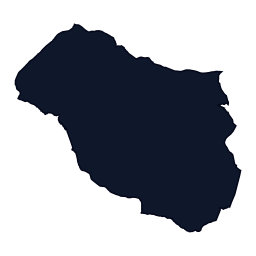 Ticusu, Brasov, Romania
{"feature_id": "2599482B19489151240121", "entity_name": "Ticusu", "entity_type": "district", "adm_level": 2, "iso_a3": "ROU", "parent_name": "Romania", "parent_adm1": "Brasov", "projection": "orthographic", "projection_center": [25.069, 45.937], "detail": "fine", "context": "isolated", "style": "filled", "palette": "ink", "viewbox_px": 256, "rotation_deg": 0, "n_neighbors": 0, "source": "geoboundaries", "source_scale": "gbopen_adm2", "svg_char_len": 5640}
<svg xmlns="http://www.w3.org/2000/svg" viewBox="0 0 256 256"><path d="M215.9,220.4L216.3,219.6L220.1,210.2L220.1,208.0L221.1,207.9L223.3,209.1L223.9,208.9L224.3,208.2L224.9,208.4L226.7,207.9L229.3,206.4L229.7,206.9L231.7,201.4L234.7,194.3L239.5,175.7L240.6,170.5L239.3,169.8L236.2,167.3L236.4,165.4L235.5,165.0L234.6,164.0L233.0,156.2L232.6,154.6L230.7,152.7L229.3,152.1L227.9,149.8L226.6,147.1L225.3,145.5L224.5,143.4L224.4,141.7L225.1,140.1L225.6,138.7L227.4,136.7L230.8,133.8L233.0,131.2L235.9,125.8L232.7,123.0L232.8,122.0L232.4,119.8L228.9,114.8L228.0,112.4L226.3,111.7L225.7,110.4L225.0,109.6L223.3,108.4L224.0,108.0L222.6,107.3L220.6,106.6L220.0,106.0L218.5,105.7L218.4,104.9L219.2,105.2L220.0,104.7L221.0,104.4L222.0,103.5L223.2,104.2L224.4,104.3L225.7,103.2L226.7,103.1L228.1,104.5L228.3,103.5L228.2,101.7L227.6,101.0L226.9,98.1L226.2,95.7L224.5,94.3L222.9,92.1L222.2,90.9L221.4,89.9L220.6,87.9L219.7,84.6L219.7,83.6L218.6,82.8L218.1,81.4L218.5,78.6L218.5,76.1L218.6,74.8L219.4,74.2L219.8,73.3L221.6,71.8L219.5,71.6L218.2,71.6L216.7,71.4L215.7,71.5L214.6,71.8L213.3,71.9L212.3,72.1L211.2,72.1L209.3,72.7L203.8,73.3L203.2,73.2L202.5,73.3L200.4,73.0L196.4,71.5L194.3,71.0L189.6,70.1L186.3,70.0L184.6,70.5L182.0,71.4L180.1,71.6L175.7,71.1L174.7,71.1L165.4,67.4L164.2,67.6L160.0,65.4L157.3,64.8L154.5,64.0L152.6,62.7L152.8,62.2L151.5,61.5L150.1,59.8L149.5,58.9L148.8,58.0L147.3,57.7L146.1,57.9L144.5,58.0L140.9,57.2L138.9,57.8L138.1,58.3L137.3,58.6L136.0,58.9L134.4,57.8L133.0,56.7L130.2,54.7L129.1,54.1L128.3,53.1L128.0,52.9L126.9,51.4L126.5,51.1L126.1,51.1L125.9,50.9L125.7,50.3L125.3,49.7L124.5,49.0L124.3,48.6L124.1,47.7L123.7,47.3L122.6,46.8L121.6,45.9L120.5,46.4L120.1,46.1L119.4,46.2L118.0,46.0L117.5,46.1L116.0,46.7L115.7,45.9L116.0,44.2L115.3,42.4L115.1,41.5L113.8,39.3L113.6,38.2L113.2,37.7L111.0,36.7L109.6,35.7L106.2,33.8L104.8,33.3L101.9,31.5L99.5,30.9L97.8,30.8L96.0,31.0L94.9,31.5L91.5,31.4L89.3,32.1L88.1,31.9L86.7,31.1L84.7,29.7L81.3,26.7L78.5,25.0L76.4,25.0L74.5,24.4L74.4,25.1L74.2,25.7L73.3,26.6L73.1,27.5L73.1,27.9L69.8,30.3L68.8,30.9L62.5,31.9L58.6,34.0L57.4,35.0L55.1,37.7L55.7,38.3L54.7,38.7L53.7,39.4L52.4,41.3L51.0,42.2L46.1,46.2L42.3,50.0L40.3,52.5L39.7,53.0L39.3,53.2L38.3,54.2L38.1,54.1L38.0,54.5L37.4,54.9L33.5,58.6L32.4,59.6L30.6,60.6L29.5,61.7L29.0,62.1L28.1,63.4L26.5,64.9L25.7,65.9L21.2,70.4L20.1,71.3L19.3,72.1L18.7,72.9L16.4,78.0L15.4,80.9L15.5,81.6L15.5,82.2L15.4,84.4L15.8,84.6L16.2,86.0L16.6,86.7L16.6,87.7L17.0,89.0L17.5,89.6L19.0,90.6L20.1,91.8L20.3,92.7L20.3,93.4L20.2,94.6L20.0,94.9L19.2,96.0L18.1,98.5L19.7,99.4L21.3,99.6L22.5,100.3L23.7,100.7L24.8,101.3L25.3,101.3L26.7,101.1L27.3,100.7L27.8,101.3L28.2,101.5L29.1,102.0L29.5,102.1L30.3,103.0L31.6,103.6L34.5,104.6L35.1,105.2L35.5,105.4L36.0,105.8L36.4,106.1L36.6,106.7L37.1,106.7L38.0,107.2L38.6,107.7L39.1,108.5L40.4,109.6L40.5,109.8L41.0,110.0L41.3,110.4L41.1,110.9L41.9,111.1L42.5,111.7L42.6,111.9L43.5,112.6L44.5,112.8L44.7,113.1L44.8,113.8L45.1,114.2L45.4,114.3L45.9,113.6L46.9,113.7L47.1,113.5L47.8,112.5L48.4,112.7L49.4,112.7L50.6,112.9L51.4,112.9L53.2,113.9L53.6,114.4L54.1,114.8L54.2,115.0L54.5,115.1L54.5,114.7L55.0,114.8L55.3,114.9L55.9,115.4L56.2,115.5L56.5,115.6L57.3,115.2L58.7,114.9L59.1,115.6L59.3,116.3L59.4,116.8L58.6,117.5L58.6,118.8L58.7,119.3L58.5,119.7L58.9,121.0L59.4,121.3L59.5,122.4L60.1,122.5L60.5,122.8L60.5,123.0L60.4,123.1L60.5,123.5L60.8,123.3L61.4,123.5L61.7,123.4L61.9,123.6L61.5,124.0L62.0,124.2L62.7,125.1L63.1,125.2L63.4,125.5L63.5,125.7L63.2,126.0L63.2,126.3L63.9,126.9L64.1,126.7L64.6,127.3L64.8,127.6L64.7,127.8L64.8,128.1L64.7,128.5L65.4,129.2L65.5,129.1L65.5,128.7L65.6,128.4L65.8,128.4L65.7,128.5L65.6,128.8L65.9,129.0L65.6,129.5L66.1,129.8L66.6,129.5L66.8,129.6L67.1,130.5L67.2,131.8L67.8,133.0L71.0,142.0L73.0,148.0L72.8,148.2L72.7,148.5L72.7,149.0L72.1,149.2L72.1,149.6L72.1,149.8L73.8,150.6L74.7,151.7L75.0,151.8L75.3,152.4L75.7,152.8L75.8,152.9L76.0,152.7L77.5,158.9L77.8,161.3L78.1,162.5L78.7,164.2L78.7,164.4L78.8,164.9L78.8,165.1L79.3,165.6L79.6,166.1L79.9,167.3L80.6,168.7L81.4,169.8L81.8,170.0L82.4,170.3L83.1,170.5L83.8,170.5L84.4,170.6L85.3,171.1L86.7,171.7L88.7,173.0L89.6,173.3L90.0,174.1L90.9,176.9L91.0,177.9L91.4,178.9L92.5,180.1L99.5,185.6L100.3,186.0L102.8,186.3L104.3,186.3L106.1,187.3L106.6,187.8L108.1,189.5L109.6,190.9L110.3,191.7L111.3,192.3L116.3,194.4L117.8,194.8L119.4,195.3L120.6,196.0L121.5,196.1L123.4,196.2L125.3,196.4L126.0,196.5L127.9,197.5L130.0,197.6L132.6,197.1L133.8,197.1L136.1,197.4L139.2,198.3L139.4,198.5L140.3,200.1L140.8,200.7L141.4,201.7L141.7,202.3L141.8,203.0L141.9,204.0L141.8,205.5L141.9,207.6L141.8,209.8L141.9,212.0L141.8,212.5L141.6,212.7L141.3,212.8L141.4,213.1L141.7,213.1L142.4,212.9L142.9,213.1L143.9,213.3L145.5,213.4L145.9,213.5L146.5,213.9L147.1,214.1L147.6,214.1L148.2,214.0L148.6,213.8L149.8,213.7L152.2,214.2L152.6,214.2L153.6,214.2L154.3,214.4L155.6,215.0L158.2,215.6L159.0,215.9L160.5,215.8L160.9,215.9L161.4,216.2L162.5,216.4L163.4,216.3L165.2,216.4L165.9,217.1L167.4,218.1L169.4,218.0L170.8,218.4L171.6,218.4L171.8,218.5L171.8,219.0L172.1,219.2L172.5,219.0L173.0,219.5L173.3,220.1L173.1,220.3L173.7,221.1L174.2,221.5L174.7,221.8L176.4,223.6L177.0,224.0L178.9,225.0L180.6,226.9L181.9,227.7L182.7,228.0L184.1,228.2L185.0,229.3L185.9,229.8L187.0,230.8L187.4,230.9L188.3,230.9L189.2,231.6L190.9,231.6L191.5,231.2L191.9,231.1L192.5,231.4L193.7,230.8L195.4,230.2L196.1,229.9L196.9,231.1L198.4,231.3L199.3,231.2L200.4,230.4L200.7,230.1L200.8,229.7L201.0,228.7L201.1,228.3L202.4,226.2L203.8,225.1L206.2,224.0L208.1,222.8L209.6,222.3L211.0,222.1L212.2,221.4L214.2,220.7L215.9,220.4Z" fill="#0f172a" stroke="#020617" stroke-width="1.5"/></svg>